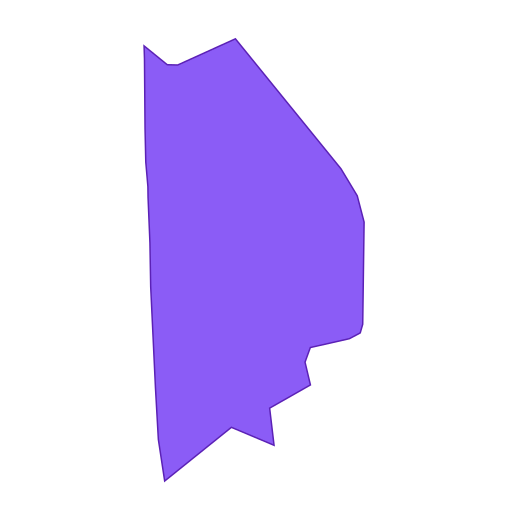 Monroe, Kentucky, United States of America (Robinson projection), rotated 86°
{"feature_id": "52423323B52721300719705", "entity_name": "Monroe", "entity_type": "district", "adm_level": 2, "iso_a3": "USA", "parent_name": "United States of America", "parent_adm1": "Kentucky", "projection": "robinson", "projection_center": [-85.705, 36.728], "detail": "fine", "context": "isolated", "style": "filled", "palette": "violet", "viewbox_px": 512, "rotation_deg": 86, "n_neighbors": 0, "source": "geoboundaries", "source_scale": "gbopen_adm2", "svg_char_len": 513}
<svg xmlns="http://www.w3.org/2000/svg" viewBox="0 0 512 512"><g transform="rotate(86 256 256)"><path d="M189.8,359.6L235.6,360.9L279.3,363.2L380.8,365.5L381.2,365.5L432.2,366.2L474.1,362.8L425.2,292.5L446.1,251.2L408.7,253.0L388.4,210.7L365.3,214.5L351.1,208.2L345.0,168.6L340.0,157.4L331.5,154.3L229.7,145.8L203.0,150.8L175.0,165.1L37.9,261.4L60.0,320.8L59.0,331.2L38.6,353.0L51.5,353.5L121.0,357.8L154.6,359.4L179.4,359.0L189.8,359.6L189.8,359.6Z" fill="#8b5cf6" stroke="#5b21b6" stroke-width="1.5"/></g></svg>